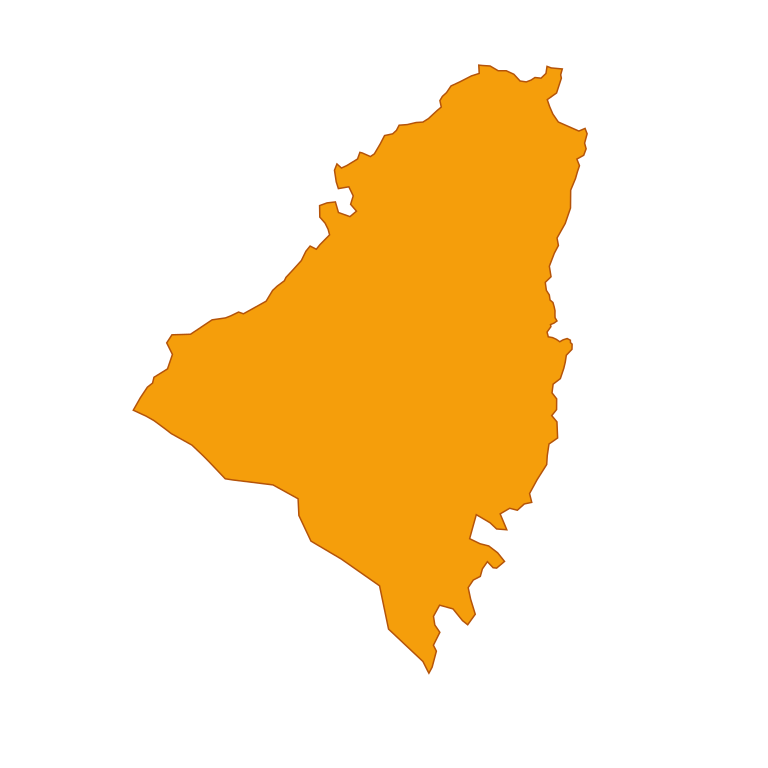 Agios Theodoros Lemesou, Limassol, Cyprus (orthographic projection), rotated 168°
{"feature_id": "46923920B32417699607002", "entity_name": "Agios Theodoros Lemesou", "entity_type": "district", "adm_level": 2, "iso_a3": "CYP", "parent_name": "Cyprus", "parent_adm1": "Limassol", "projection": "orthographic", "projection_center": [33.04, 34.894], "detail": "fine", "context": "isolated", "style": "filled", "palette": "amber", "viewbox_px": 768, "rotation_deg": 168, "n_neighbors": 0, "source": "geoboundaries", "source_scale": "gbopen_adm2", "svg_char_len": 2676}
<svg xmlns="http://www.w3.org/2000/svg" viewBox="0 0 768 768"><g transform="rotate(168 384 384)"><path d="M448.2,206.7L430.3,187.5L430.5,143.3L403.6,104.5L401.1,94.9L400.2,91.8L395.8,97.0L388.3,111.8L390.0,118.2L381.0,129.5L384.4,137.7L383.9,146.5L375.6,156.1L363.3,149.7L356.4,136.2L352.2,131.1L342.6,139.8L344.0,155.5L344.0,167.3L337.4,173.7L329.8,175.8L326.2,182.7L319.8,188.7L315.5,181.6L312.1,180.5L303.0,185.4L307.9,195.2L315.2,203.8L323.3,207.8L332.4,214.9L326.7,225.9L320.9,237.0L309.1,226.2L304.0,218.8L294.2,215.9L297.4,232.8L286.9,236.3L279.8,232.8L271.7,237.5L264.1,237.5L264.4,246.6L254.1,258.6L241.6,271.4L239.2,280.0L235.1,291.0L225.4,295.1L222.7,311.0L226.5,318.2L220.5,323.1L218.2,333.6L221.5,340.4L218.6,348.7L210.4,352.6L204.9,361.9L202.1,367.8L199.7,374.2L192.9,378.9L191.7,383.9L193.0,385.7L192.6,388.1L195.4,390.4L199.6,390.0L203.3,388.8L206.2,391.9L209.4,394.3L213.5,396.0L213.7,400.9L208.8,405.4L208.8,407.5L205.1,408.2L201.7,409.7L202.9,413.3L202.3,416.6L201.5,420.1L201.5,424.1L201.8,428.6L204.1,431.6L203.8,436.8L205.7,441.8L205.3,447.6L205.1,449.9L198.3,454.2L197.8,464.8L190.2,476.5L184.6,483.2L184.4,490.8L173.4,503.3L165.0,517.3L161.1,534.8L154.0,545.1L150.6,551.5L147.4,556.9L148.6,563.9L141.1,566.2L137.4,572.0L137.7,577.9L133.3,586.5L133.4,587.2L134.2,592.2L140.8,590.9L159.0,604.0L162.7,612.9L164.3,620.8L165.2,628.2L154.7,632.8L146.9,646.3L146.9,649.7L144.1,655.1L154.7,658.4L158.5,660.8L161.0,654.1L166.8,650.5L172.6,652.4L177.0,650.7L182.0,649.9L187.9,652.1L192.6,660.0L199.3,665.0L207.2,666.7L214.1,673.0L221.6,675.1L224.7,676.1L225.0,676.2L226.3,668.0L234.4,667.2L246.9,663.8L256.5,661.6L262.3,656.0L267.1,653.2L270.4,649.6L270.4,643.0L275.1,640.5L285.5,634.3L291.6,632.1L298.2,633.1L307.2,632.9L315.4,634.0L319.1,629.5L323.5,626.9L331.8,626.9L337.8,619.6L345.6,611.1L350.0,609.3L357.2,614.5L359.4,615.6L363.1,609.6L375.0,605.4L380.7,604.1L384.3,609.0L388.0,603.4L388.7,591.6L388.0,584.6L377.4,584.2L375.0,574.4L379.3,566.7L375.0,558.8L382.5,554.8L392.9,561.2L393.7,572.2L402.1,573.0L409.9,571.9L412.1,560.6L408.2,553.6L406.5,547.0L406.2,541.2L417.6,533.7L422.2,529.9L427.6,534.3L432.8,530.1L439.2,521.9L449.7,514.3L457.7,508.7L460.0,505.7L468.2,501.9L473.5,498.7L482.1,489.5L506.9,481.9L511.3,484.6L519.8,482.5L525.3,481.6L538.8,482.5L562.9,472.9L573.5,474.8L574.5,475.0L581.2,476.2L588.0,469.4L584.8,456.9L592.6,443.8L607.6,438.4L610.2,433.0L616.1,430.1L625.2,421.2L634.7,410.5L626.3,404.2L623.7,402.3L616.6,396.0L607.4,385.6L602.4,379.7L584.6,364.2L576.0,351.7L571.5,344.7L559.0,324.3L551.6,321.5L513.6,308.4L491.9,289.6L494.6,273.1L488.1,245.5L462.1,221.6L448.2,206.7Z" fill="#f59e0b" stroke="#b45309" stroke-width="1.5"/></g></svg>